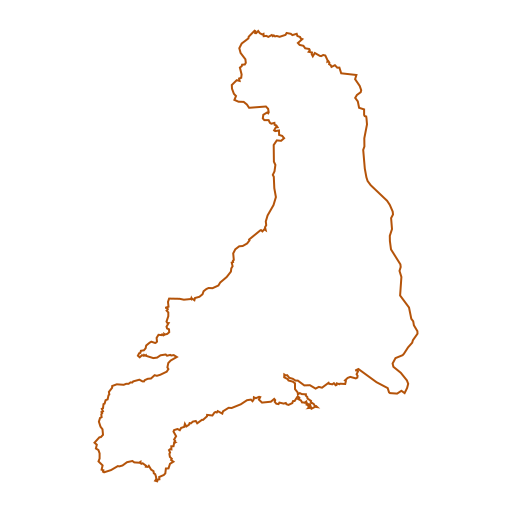 Simití, Bolívar, Colombia
{"feature_id": "7082276B2772828416009", "entity_name": "Simití", "entity_type": "district", "adm_level": 2, "iso_a3": "COL", "parent_name": "Colombia", "parent_adm1": "Bolívar", "projection": "mercator", "projection_center": [-74.07, 7.876], "detail": "fine", "context": "isolated", "style": "outline", "palette": "amber", "viewbox_px": 512, "rotation_deg": 0, "n_neighbors": 0, "source": "geoboundaries", "source_scale": "gbopen_adm2", "svg_char_len": 6025}
<svg xmlns="http://www.w3.org/2000/svg" viewBox="0 0 512 512"><path d="M254.6,30.7L248.7,36.7L248.4,38.4L241.7,43.5L239.3,48.2L240.6,53.0L245.4,59.3L245.8,62.8L244.8,64.5L242.1,64.7L241.7,66.2L239.9,67.6L241.6,74.5L241.2,77.8L239.1,78.5L239.6,80.9L236.7,80.2L231.8,85.0L232.0,88.7L233.9,93.8L236.0,96.0L234.4,99.9L238.5,101.7L243.7,101.9L246.9,104.5L249.1,107.8L265.9,106.5L268.1,108.8L268.7,112.3L268.2,113.3L267.1,112.5L263.3,114.8L262.8,118.4L264.3,120.1L268.6,120.1L269.9,122.8L271.3,123.7L274.4,122.9L274.7,124.9L276.3,125.4L277.5,127.2L275.8,127.4L274.1,130.4L275.2,131.1L279.0,130.5L279.1,134.9L282.2,135.9L284.1,138.2L281.1,140.8L276.8,140.4L273.7,145.0L273.9,161.7L275.4,164.9L274.5,171.3L272.8,174.9L273.8,176.8L274.3,188.2L275.9,197.1L273.5,205.1L267.6,215.4L265.8,221.4L266.2,225.2L265.0,227.3L265.7,230.2L264.3,229.3L262.4,231.4L261.0,230.1L260.3,230.4L249.1,239.5L249.5,240.4L247.1,243.5L242.7,246.0L239.2,246.3L235.3,249.3L233.2,253.4L233.8,259.9L232.9,260.8L233.1,262.1L231.7,262.6L232.6,266.2L231.3,268.4L230.9,271.6L226.7,277.0L220.2,282.5L218.4,285.5L212.5,288.2L208.6,288.0L206.4,289.0L203.6,291.2L202.5,294.3L199.4,296.8L195.0,298.0L194.4,300.2L192.7,299.0L193.3,298.4L191.7,299.3L191.3,298.2L191.0,299.0L183.9,299.7L179.6,298.8L169.1,298.6L168.0,301.9L168.5,306.7L165.3,307.8L167.5,308.1L167.8,309.4L166.6,310.6L168.3,312.4L168.3,316.2L166.5,321.6L167.4,323.0L168.6,323.1L166.5,326.7L167.1,328.5L169.0,329.3L169.2,332.2L167.3,333.9L165.0,334.5L164.3,334.0L164.4,334.8L163.3,335.4L162.1,334.4L161.5,335.1L158.5,334.8L156.6,337.9L157.0,341.6L156.3,342.4L155.2,343.0L151.3,341.7L149.6,342.7L146.2,345.5L145.6,348.3L143.9,350.3L140.9,350.8L140.3,352.9L139.1,353.3L137.9,355.7L139.7,357.3L142.0,355.2L143.5,355.7L144.0,354.9L144.8,355.6L145.9,355.1L146.0,355.8L153.3,358.1L157.1,357.6L160.5,355.3L165.7,354.5L167.0,355.7L170.3,354.9L171.2,355.5L173.7,355.1L176.8,357.0L170.7,360.5L168.3,363.0L167.4,367.4L168.4,369.1L166.7,371.7L160.2,374.8L156.9,375.8L154.6,375.2L151.0,378.5L147.7,378.8L144.7,380.2L144.0,381.4L142.5,381.4L139.4,379.7L133.2,381.4L132.3,382.5L130.5,382.4L128.6,383.8L126.2,383.8L123.7,384.8L116.8,384.3L112.2,386.0L112.1,387.8L108.9,391.9L109.3,394.5L108.5,395.3L107.6,399.4L105.6,400.2L104.6,403.6L103.5,404.1L103.0,408.2L101.8,408.9L103.0,411.3L101.5,412.1L102.2,413.1L101.3,414.3L101.6,417.2L100.0,418.0L98.9,421.7L100.5,426.7L102.5,429.3L103.0,434.8L100.9,437.1L99.4,437.3L94.5,442.7L96.8,444.7L95.9,448.5L98.4,450.0L99.6,453.4L99.6,458.5L98.5,461.4L102.6,465.4L101.6,469.7L103.4,470.3L103.0,471.7L104.1,472.3L111.0,470.1L117.8,466.1L119.3,466.4L122.5,465.5L127.0,462.2L132.4,461.0L134.3,462.4L139.1,462.7L140.5,461.8L140.5,463.2L141.4,463.8L142.7,463.3L146.0,465.7L145.8,466.7L147.8,466.9L148.8,465.8L151.1,469.6L153.5,471.2L153.8,473.3L155.2,474.2L156.0,476.7L156.3,479.0L155.2,480.7L157.2,481.3L157.7,479.6L159.4,479.3L159.2,477.0L163.8,475.0L165.3,473.4L165.9,468.5L168.5,468.4L170.0,463.8L173.4,461.7L171.1,460.0L171.8,458.8L169.9,456.9L169.4,453.9L170.1,452.5L169.0,450.1L170.1,449.2L171.4,449.4L171.3,446.3L173.5,446.2L174.1,443.2L175.4,442.4L174.4,442.0L175.1,440.8L174.1,439.5L176.1,436.2L173.5,431.6L174.1,430.1L177.5,429.0L179.8,430.2L181.1,427.9L184.2,426.9L184.9,423.9L186.3,426.5L188.9,424.8L189.6,423.1L190.8,423.4L192.9,421.6L195.8,421.0L197.2,423.3L202.0,419.8L203.0,419.9L207.0,416.3L207.1,414.9L212.4,415.5L214.4,412.6L215.5,412.0L216.8,412.5L217.7,411.1L222.3,413.6L223.0,411.3L228.6,407.8L231.6,408.0L240.8,404.3L247.0,400.2L250.9,399.6L252.5,401.2L253.7,399.5L253.9,397.3L255.9,398.2L259.1,396.8L260.2,397.1L258.9,399.6L262.0,402.6L270.9,401.7L274.2,398.9L275.2,400.1L274.7,401.8L276.3,403.7L278.5,404.1L279.4,402.6L283.7,403.6L285.8,403.0L286.4,404.2L288.5,404.9L292.3,403.1L293.0,401.1L294.6,401.0L297.3,396.9L298.3,396.7L299.4,397.9L298.3,399.1L301.0,400.5L302.0,402.4L304.7,402.6L305.9,401.8L305.7,402.8L306.7,402.7L306.9,404.0L308.8,404.2L307.2,404.9L308.5,405.5L308.4,407.0L309.3,406.3L309.6,407.4L308.8,408.0L309.9,407.9L310.5,406.0L311.5,408.7L315.1,406.8L317.2,407.1L316.0,406.0L314.9,406.1L313.8,404.1L310.7,402.0L311.0,400.9L307.5,398.5L307.3,397.0L305.8,395.6L305.9,394.3L301.8,394.1L299.8,393.1L297.9,394.4L297.7,392.5L295.0,389.1L295.0,383.3L292.7,381.6L288.5,380.5L287.5,379.0L284.2,377.3L284.3,374.5L285.7,375.4L287.2,375.2L289.3,377.8L292.8,378.8L295.5,380.6L297.8,380.6L304.3,385.4L309.9,385.2L315.6,388.6L318.8,386.9L322.0,387.7L328.6,382.8L329.1,383.8L332.4,384.3L333.9,383.2L335.7,385.3L336.5,385.0L336.8,383.4L339.5,384.2L340.1,383.7L345.2,384.0L345.9,381.0L345.0,380.4L347.7,377.9L350.3,376.9L355.8,378.4L357.3,377.6L357.6,375.8L356.6,374.2L358.0,371.4L357.2,370.4L355.3,370.5L358.4,369.0L376.5,382.2L387.7,388.1L389.0,392.3L390.0,393.1L397.1,393.6L401.4,390.8L404.6,393.1L407.1,388.0L408.2,383.8L406.9,380.4L400.8,372.8L393.4,366.8L392.6,363.5L395.5,358.1L402.6,355.2L403.9,353.8L408.1,347.3L412.2,342.7L412.9,340.2L417.5,333.7L417.4,331.2L413.9,325.3L413.2,321.3L411.3,318.8L409.0,307.5L400.1,295.5L401.4,277.0L399.5,270.9L400.7,267.0L400.4,264.4L391.0,249.4L389.9,241.1L389.8,235.8L392.0,229.1L391.1,218.1L393.0,214.5L392.7,211.6L389.8,204.9L387.1,200.8L370.7,185.2L367.6,181.0L366.4,177.3L364.8,168.6L363.2,149.9L364.4,146.5L364.3,138.3L367.0,124.4L366.5,118.4L366.2,116.5L364.7,116.1L364.1,114.9L364.1,109.4L359.1,107.8L357.8,101.4L355.2,97.9L356.9,95.0L360.7,92.2L361.2,90.2L359.7,85.9L355.1,79.2L356.4,75.0L341.2,73.3L339.4,67.6L337.3,67.7L334.9,65.2L331.5,66.9L330.8,65.3L329.1,64.2L329.4,62.8L328.4,61.2L327.4,61.7L327.5,60.2L325.3,55.5L323.2,55.0L321.2,56.1L319.9,55.9L314.8,53.0L312.8,56.3L311.7,54.2L312.0,52.5L308.7,51.8L309.8,50.2L309.2,49.0L305.2,48.3L303.4,45.8L299.6,44.9L297.9,43.0L302.3,39.1L300.7,38.4L300.1,37.0L297.4,36.0L296.7,33.8L292.4,35.1L290.8,33.8L286.6,33.0L285.5,34.9L279.6,36.8L276.8,36.0L275.0,36.4L273.8,35.4L272.8,36.2L271.8,35.0L268.3,36.9L266.4,35.9L263.7,36.2L263.5,33.9L262.3,34.5L259.8,33.2L258.2,31.0L256.1,33.2L255.2,33.1L255.3,31.1L254.6,30.7Z" fill="none" stroke="#b45309" stroke-width="2"/></svg>